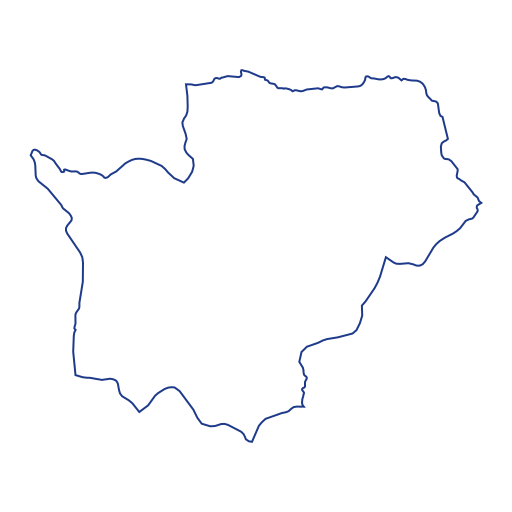 SVG path tracing the border of Cuanza Sul
{"feature_id": "AGO-1879", "entity_name": "Cuanza Sul", "entity_type": "Province", "adm_level": 1, "iso_a3": "AGO", "parent_name": "Angola", "parent_adm1": "", "projection": "albers", "projection_center": [15.061, -10.94], "detail": "fine", "context": "isolated", "style": "outline", "palette": "blue", "viewbox_px": 512, "rotation_deg": 0, "n_neighbors": 0, "source": "natural_earth", "source_scale": "10m", "svg_char_len": 4710}
<svg xmlns="http://www.w3.org/2000/svg" viewBox="0 0 512 512"><path d="M75.5,375.1L73.2,351.7L73.8,335.8L74.3,332.5L75.6,329.9L74.4,328.6L74.5,326.9L75.1,325.1L75.5,323.3L75.4,315.3L75.6,314.0L76.3,312.4L79.0,308.6L79.4,306.8L79.4,302.8L82.8,281.9L82.9,273.3L83.0,262.6L82.3,257.2L80.1,252.5L67.2,233.5L66.0,230.7L66.0,228.2L67.2,225.7L71.5,220.4L71.8,218.0L70.8,215.7L69.1,213.3L63.1,208.4L62.1,206.9L61.5,205.3L47.8,188.8L38.5,181.3L36.4,178.3L35.7,175.6L35.3,165.7L34.8,162.5L33.6,159.3L30.7,155.3L32.5,150.9L33.0,150.4L33.6,149.9L34.3,149.7L35.6,149.8L37.2,150.4L39.4,152.0L40.3,153.2L40.8,154.1L41.3,154.7L42.2,155.0L43.9,155.2L45.4,155.6L52.2,159.4L53.9,160.8L54.7,162.0L55.6,163.4L60.0,169.3L61.1,171.5L61.7,172.0L62.6,172.1L64.0,171.7L64.3,171.1L64.2,170.4L64.0,169.9L64.4,169.5L65.4,169.5L69.4,171.0L71.5,171.5L75.9,171.4L77.3,171.7L78.7,172.6L79.3,173.3L80.4,173.9L82.1,174.0L90.5,172.7L92.8,172.6L95.5,172.8L99.5,174.0L101.7,175.1L103.1,176.2L103.9,177.1L104.4,177.6L104.9,177.8L105.7,177.9L107.1,177.5L108.0,177.0L110.8,174.4L116.3,171.4L125.4,163.3L128.8,161.4L132.2,159.8L135.6,158.9L138.9,158.7L142.2,158.9L146.3,159.7L150.8,160.9L161.6,165.9L165.2,169.1L167.9,172.3L174.2,178.2L183.9,182.6L188.1,178.4L192.0,172.0L193.1,168.3L193.7,165.5L192.9,158.9L188.7,155.2L186.5,152.8L184.7,149.4L184.5,146.2L185.4,142.6L186.7,139.0L185.6,133.8L182.8,125.9L182.4,122.4L184.1,118.4L186.1,115.6L187.4,111.7L187.7,106.6L187.4,96.0L186.0,84.3L191.3,84.4L194.4,85.1L195.9,85.2L211.3,82.8L212.3,82.3L213.2,81.3L214.3,79.0L215.3,78.2L217.0,78.0L218.4,78.5L219.9,78.8L221.6,77.6L222.4,77.6L227.6,76.1L239.0,77.1L241.0,76.0L241.5,74.7L240.9,71.6L241.4,70.2L242.5,70.2L243.9,70.8L248.2,71.6L259.8,76.6L261.2,77.0L263.3,77.1L264.7,77.6L265.0,79.7L267.6,80.5L268.4,81.4L269.0,82.4L269.8,83.1L270.8,83.4L273.5,83.8L274.7,84.2L275.6,85.1L277.4,87.7L278.2,88.2L281.3,88.2L283.0,88.3L283.7,88.7L285.0,88.3L287.9,88.8L290.9,89.9L292.6,91.3L294.9,90.2L297.0,90.4L299.1,91.0L301.4,91.3L303.4,90.8L306.7,89.5L317.8,88.3L318.8,88.5L321.0,89.2L322.3,89.3L322.5,89.0L322.9,88.3L323.5,87.7L324.2,87.3L327.6,87.4L330.3,88.2L332.8,88.4L337.2,86.1L339.0,86.3L342.1,87.3L344.9,87.5L358.5,86.4L360.7,85.7L362.5,84.2L363.9,82.2L364.9,80.3L365.3,78.7L365.4,77.5L365.9,76.6L367.4,76.3L368.6,76.6L370.6,78.0L371.4,78.3L374.3,78.5L378.9,79.4L381.6,79.4L383.3,79.1L384.8,78.6L386.1,77.8L387.2,76.8L388.5,76.1L389.6,76.7L390.4,77.8L391.1,78.3L392.9,78.0L394.2,77.5L395.6,77.1L397.5,77.4L398.6,77.9L401.5,80.4L403.4,78.8L405.4,79.0L407.8,79.9L411.0,80.4L417.1,80.7L419.8,81.6L422.4,83.4L423.7,85.1L425.0,87.3L425.9,90.0L426.3,93.1L427.0,95.4L428.8,97.5L430.5,99.1L431.3,100.1L431.9,100.7L435.1,101.3L436.2,101.6L437.4,102.8L437.9,103.7L439.2,113.1L440.4,115.8L442.5,116.9L447.9,138.9L446.2,140.4L443.9,141.5L441.8,143.2L440.9,146.4L441.2,152.5L441.7,155.1L442.9,157.1L443.7,158.1L444.4,158.7L445.5,159.0L447.3,159.1L448.8,159.4L449.9,160.1L450.6,160.7L451.3,161.1L457.6,169.1L457.7,170.6L456.7,175.7L457.0,177.6L457.8,178.4L458.9,178.8L461.0,180.4L464.5,182.3L472.9,192.8L473.3,193.8L474.1,194.7L477.5,197.4L479.1,201.2L480.2,202.0L481.3,202.9L477.2,205.4L476.9,206.2L476.7,207.3L476.9,208.2L477.4,209.0L477.7,210.2L477.7,210.9L477.2,211.9L473.4,217.5L472.6,218.3L472.1,218.6L468.8,219.4L465.7,220.9L460.1,228.2L456.7,231.1L453.1,233.5L445.0,237.6L439.7,241.0L436.2,244.2L433.4,247.6L425.1,261.5L422.6,264.3L419.8,265.6L417.3,265.7L415.6,265.3L413.4,264.4L408.4,263.2L399.8,263.9L396.3,263.7L393.6,262.5L385.9,257.2L380.0,276.7L377.4,282.9L374.5,288.3L365.7,301.2L361.9,305.6L362.2,315.7L359.9,323.2L356.5,330.1L352.6,333.5L338.0,337.3L327.0,339.1L323.0,340.4L318.1,342.8L306.9,346.7L301.5,352.0L299.3,361.9L302.9,367.7L303.5,370.4L303.5,371.7L303.8,373.7L304.1,374.8L304.8,375.6L305.6,376.1L306.5,377.0L306.8,377.9L306.7,378.6L306.4,379.3L306.0,379.9L305.3,381.3L305.0,382.0L305.0,382.9L305.0,385.7L305.0,386.5L304.6,387.2L304.1,387.6L303.3,387.9L302.7,388.4L302.1,389.1L302.1,389.8L302.4,390.4L303.4,391.7L303.9,392.5L304.0,393.3L303.4,394.9L303.3,396.0L302.4,398.9L302.0,402.7L302.3,404.3L302.6,405.1L303.8,406.7L296.8,406.6L293.6,407.1L291.1,408.9L289.2,410.7L287.9,411.5L286.0,412.2L281.7,413.1L265.6,418.8L261.7,422.4L258.9,425.8L252.0,441.8L248.9,441.3L245.8,439.2L244.9,436.7L243.5,434.0L241.1,431.7L228.0,424.9L224.6,423.9L221.3,424.0L215.1,426.0L210.3,426.3L201.7,423.7L197.3,417.7L193.4,409.7L179.6,391.1L174.7,387.5L171.9,387.2L168.3,387.6L164.8,388.9L158.1,393.1L155.1,395.7L148.2,405.3L139.3,412.0L132.4,403.3L128.8,400.3L122.2,396.3L120.1,393.6L119.1,390.4L117.8,383.4L116.2,380.7L113.3,379.3L110.2,378.7L101.9,379.9L89.9,377.8L86.4,377.7L82.6,377.2L75.5,375.1L75.5,375.1Z" fill="none" stroke="#1e3a8a" stroke-width="2"/></svg>